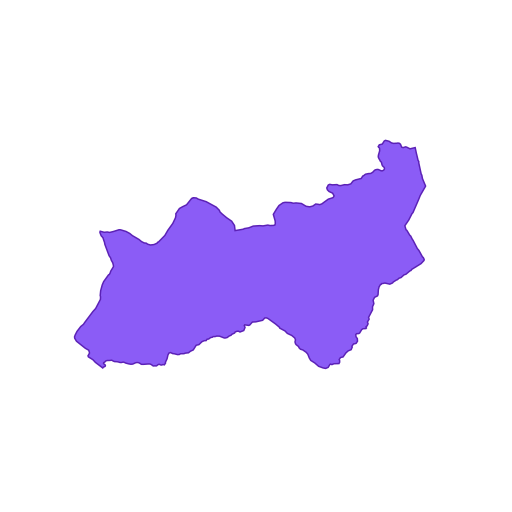 the district of Esquipulas, Chiquimula, Guatemala, rotated 31°
{"feature_id": "79465075B80702943511797", "entity_name": "Esquipulas", "entity_type": "district", "adm_level": 2, "iso_a3": "GTM", "parent_name": "Guatemala", "parent_adm1": "Chiquimula", "projection": "orthographic", "projection_center": [-89.268, 14.632], "detail": "fine", "context": "isolated", "style": "filled", "palette": "violet", "viewbox_px": 512, "rotation_deg": 31, "n_neighbors": 0, "source": "geoboundaries", "source_scale": "gbopen_adm2", "svg_char_len": 5900}
<svg xmlns="http://www.w3.org/2000/svg" viewBox="0 0 512 512"><g transform="rotate(31 256 256)"><path d="M304.4,97.2L304.5,97.7L304.4,98.6L304.4,99.3L305.2,99.7L305.7,99.7L306.2,99.9L306.7,100.4L307.3,101.4L307.7,101.9L307.9,102.4L308.2,103.6L308.5,104.6L308.8,105.9L309.2,107.0L309.7,108.0L310.3,108.6L311.4,109.3L312.7,110.0L313.2,110.3L313.7,110.7L314.8,110.9L315.6,111.4L316.2,112.1L316.6,112.5L317.1,112.9L317.6,113.3L318.1,113.6L318.6,113.7L319.5,113.9L320.4,114.1L321.0,114.8L321.3,115.5L321.3,116.0L321.2,116.6L320.9,117.2L320.6,117.7L320.0,118.2L319.4,118.5L318.8,118.6L318.2,118.6L317.6,118.7L316.6,118.8L316.0,119.0L315.4,119.3L314.8,119.8L314.1,120.5L313.5,121.4L313.2,122.7L313.0,123.8L312.5,124.9L312.0,125.9L311.5,126.4L310.0,127.4L309.0,128.3L308.6,128.7L307.9,129.3L307.5,130.0L307.2,130.9L307.0,131.4L306.8,131.9L306.3,132.5L306.3,135.3L302.2,139.4L300.6,141.6L300.1,145.4L297.9,147.8L295.1,149.3L292.4,152.0L290.7,152.9L288.6,153.1L284.8,155.7L282.3,156.6L281.4,157.9L281.6,161.2L283.1,162.5L285.4,163.1L289.3,162.7L291.9,164.2L292.1,165.0L291.9,166.4L288.7,170.0L285.5,177.6L284.1,179.2L282.6,179.7L280.4,180.7L279.0,183.9L276.7,186.2L273.3,187.6L267.9,187.6L263.0,189.9L260.7,191.6L258.4,192.2L253.3,195.0L251.7,196.5L249.7,200.9L249.4,205.6L249.4,211.4L254.4,216.1L255.9,218.4L256.2,219.8L255.1,220.9L252.3,222.7L250.2,223.4L246.5,226.6L243.5,228.1L238.2,231.8L235.3,235.6L231.8,238.6L231.5,239.4L225.0,245.0L221.8,240.9L217.2,238.7L210.9,238.3L205.2,237.4L202.5,236.8L201.0,235.7L196.7,234.6L185.2,235.1L177.2,237.0L175.0,237.0L172.9,238.0L172.0,238.5L172.0,239.1L171.2,239.7L170.1,247.9L167.6,251.7L165.9,254.7L165.5,261.1L166.4,262.3L167.3,264.7L167.9,271.0L167.2,279.3L167.3,285.4L165.2,294.2L164.6,294.9L164.6,296.0L162.7,298.7L159.9,300.9L157.0,301.7L155.4,301.5L153.4,302.4L150.4,302.6L147.1,302.1L139.5,302.2L136.2,301.7L131.9,301.9L126.8,303.2L126.0,303.5L125.1,304.0L121.2,308.4L118.4,311.2L116.2,312.0L113.6,313.9L110.8,314.7L109.7,315.0L109.9,315.9L110.3,316.4L110.8,316.8L112.9,318.4L115.3,319.1L118.2,321.6L118.8,322.0L120.5,323.9L129.9,331.4L132.3,332.5L134.2,334.2L136.7,335.6L138.5,337.4L139.3,338.5L139.3,343.9L139.7,345.5L139.8,347.4L139.3,348.1L138.6,356.4L139.1,360.0L140.7,365.7L142.8,370.1L143.8,371.1L145.0,373.3L145.6,383.6L144.8,387.7L143.4,401.2L143.3,403.4L142.1,406.7L141.4,412.8L141.7,416.9L142.1,418.8L143.0,419.9L146.0,421.5L157.2,423.0L161.1,422.9L162.6,424.2L163.3,425.0L163.4,428.1L164.3,428.8L169.7,428.9L173.1,429.9L182.3,430.9L182.3,430.3L182.6,429.6L183.3,428.7L183.5,428.0L183.2,427.3L182.8,427.1L182.3,426.9L181.7,426.9L181.1,426.8L180.6,426.6L180.4,425.9L180.7,425.3L181.0,424.8L181.1,424.2L181.3,423.5L181.5,423.0L181.9,422.6L182.3,422.2L182.9,421.8L183.6,421.4L184.2,421.0L184.9,420.5L185.9,419.7L186.4,419.6L186.9,419.6L187.6,419.6L188.3,419.5L189.0,419.4L190.0,418.9L190.9,418.4L191.6,418.1L192.3,417.8L193.0,417.6L193.6,417.5L194.2,417.3L194.9,417.0L195.4,416.7L195.8,416.3L196.3,415.8L196.7,415.4L197.5,415.1L198.3,415.0L198.8,414.9L199.4,414.9L200.2,414.7L200.7,414.5L201.5,414.3L202.5,414.0L203.5,413.6L204.3,413.3L204.8,413.0L205.5,412.5L206.0,412.1L206.3,411.7L206.9,410.8L207.3,410.2L207.9,409.4L208.6,408.8L209.2,408.4L210.1,408.0L211.0,407.8L211.8,407.8L212.5,407.8L213.1,407.9L213.7,407.8L214.2,407.5L215.5,406.7L219.3,404.0L220.0,403.6L220.7,403.2L221.8,403.0L222.4,403.0L223.3,403.1L224.0,403.2L224.9,403.0L225.4,402.6L226.0,402.1L226.6,401.9L227.2,401.5L227.5,401.0L227.7,400.3L228.0,399.6L228.4,399.0L229.1,398.6L229.7,398.5L230.2,398.5L230.9,398.3L231.3,398.0L231.9,397.3L232.2,396.9L233.5,396.5L233.6,394.4L233.1,393.8L232.7,389.9L231.5,386.2L231.4,384.0L232.5,382.8L235.2,382.5L235.9,382.0L239.6,380.9L241.0,379.9L241.6,378.7L244.6,376.8L245.4,375.7L248.0,373.7L248.8,371.5L250.6,368.8L250.7,363.3L252.7,361.4L253.8,357.3L255.2,355.3L256.8,354.2L256.9,352.6L258.2,351.5L259.1,349.3L260.5,348.0L260.7,347.2L262.6,346.0L263.5,344.9L266.0,343.5L271.1,342.6L272.0,342.0L273.3,340.7L274.3,338.2L275.4,336.9L275.6,335.6L277.3,333.1L277.3,331.8L278.5,330.3L279.7,329.5L281.4,329.4L283.9,326.2L283.4,322.9L282.2,322.0L281.7,321.5L281.8,320.8L285.6,319.2L286.2,318.3L286.9,314.5L289.8,312.5L294.8,307.7L295.4,304.7L296.6,303.7L298.5,303.4L307.8,304.2L312.7,305.0L313.6,305.6L319.4,305.3L322.7,306.2L327.6,305.7L331.4,306.3L333.0,307.5L333.7,309.6L335.1,310.9L336.1,311.3L339.1,311.7L340.2,312.5L342.1,313.0L344.5,312.4L348.6,312.7L351.0,313.5L354.1,315.9L356.7,317.3L361.4,317.4L366.5,318.3L371.1,317.4L373.6,316.5L375.2,314.3L375.2,310.9L375.6,310.2L377.0,310.0L378.3,308.2L382.5,305.5L382.4,303.9L381.5,302.5L380.6,301.9L380.7,299.7L381.2,299.0L382.6,297.7L383.0,292.7L383.9,289.8L385.8,287.3L385.4,284.5L384.8,284.1L384.7,283.3L384.9,281.1L385.8,280.4L386.8,279.3L386.9,276.8L385.4,274.6L383.3,273.7L382.0,272.0L382.2,270.8L384.0,269.6L384.5,268.6L384.5,264.7L385.1,263.3L387.6,261.6L387.7,260.8L386.8,260.2L387.2,258.6L387.0,256.4L385.5,255.2L385.5,251.9L384.1,250.6L383.6,242.0L382.0,239.5L381.6,236.2L379.2,233.6L379.1,232.8L378.9,230.4L380.7,227.6L380.5,226.2L378.3,222.0L377.4,219.1L377.4,216.2L377.9,215.9L378.0,214.8L378.7,214.4L380.4,212.8L385.2,211.2L386.9,208.8L387.1,207.5L388.8,204.1L389.4,203.5L390.0,201.4L391.4,199.8L392.6,195.9L393.9,194.4L395.6,189.5L396.3,188.6L396.4,187.2L401.4,177.5L402.3,173.3L401.9,172.3L400.1,171.1L399.3,171.1L392.9,167.4L390.4,166.5L382.6,161.7L381.1,161.0L378.3,159.2L377.3,159.1L373.0,156.8L372.0,156.3L371.0,156.2L368.0,153.4L368.4,146.5L367.9,139.3L368.2,138.0L366.3,123.8L365.6,119.5L365.4,108.9L364.8,108.2L364.2,107.9L358.8,103.9L356.5,101.3L355.4,100.7L347.6,92.4L346.8,91.1L345.7,90.6L342.1,86.9L340.5,85.3L336.6,81.1L332.8,84.8L329.0,85.1L328.0,85.4L326.3,87.3L324.8,87.7L322.3,85.8L321.2,85.6L320.6,85.6L319.3,86.2L318.5,86.9L315.8,88.7L313.7,89.3L311.0,89.1L307.4,90.2L306.7,91.4L306.6,95.0L304.4,97.2Z" fill="#8b5cf6" stroke="#5b21b6" stroke-width="1.5"/></g></svg>